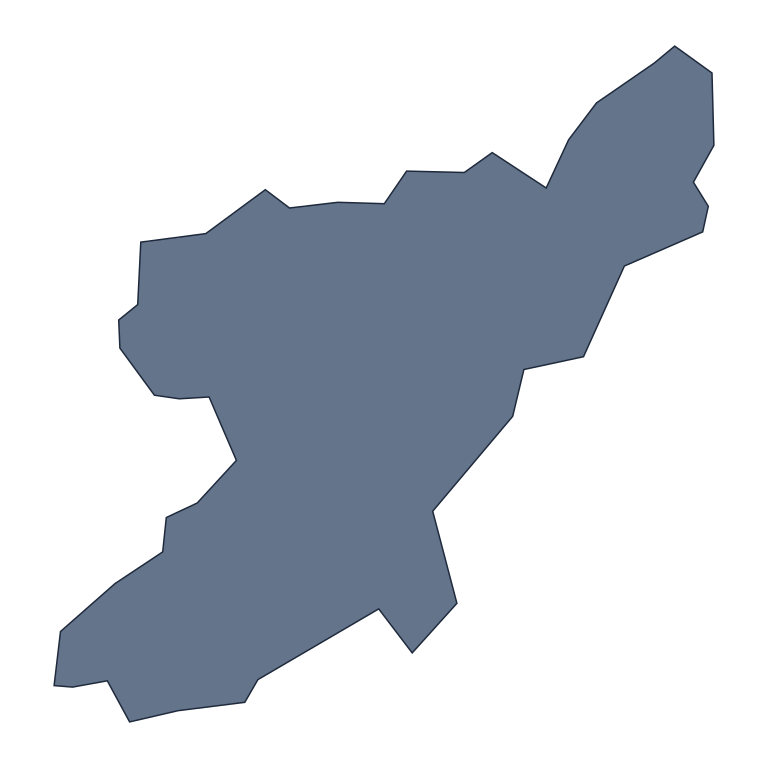 the district of Përmet, Gjirokastër, Albania, rotated 270°
{"feature_id": "67620474B23103740146981", "entity_name": "Përmet", "entity_type": "district", "adm_level": 2, "iso_a3": "ALB", "parent_name": "Albania", "parent_adm1": "Gjirokastër", "projection": "equal_earth", "projection_center": [20.353, 40.273], "detail": "fine", "context": "isolated", "style": "filled", "palette": "slate", "viewbox_px": 768, "rotation_deg": 270, "n_neighbors": 0, "source": "geoboundaries", "source_scale": "gbopen_adm2", "svg_char_len": 723}
<svg xmlns="http://www.w3.org/2000/svg" viewBox="0 0 768 768"><g transform="rotate(270 384 384)"><path d="M80.9,72.6L87.2,107.3L46.1,129.6L57.3,177.9L65.7,244.8L88.4,257.9L159.1,378.7L115.1,412.2L164.7,456.9L256.8,432.7L351.7,512.7L398.5,523.9L411.3,583.5L502.0,624.4L536.1,702.7L561.7,708.3L585.8,693.4L622.7,713.9L695.0,712.0L721.9,674.7L704.9,654.2L665.1,596.5L628.2,568.6L580.0,546.2L615.4,492.2L595.5,464.3L596.9,406.6L564.3,384.3L565.7,337.8L560.0,289.5L578.3,265.3L534.4,205.8L525.9,140.8L463.4,137.7L448.0,118.7L419.9,119.9L372.8,154.4L369.2,179.3L371.0,209.1L307.6,236.4L265.0,197.2L250.5,166.3L216.1,162.7L184.5,115.1L136.5,60.5L82.4,54.1L80.9,72.6Z" fill="#64748b" stroke="#1e293b" stroke-width="1.5"/></g></svg>